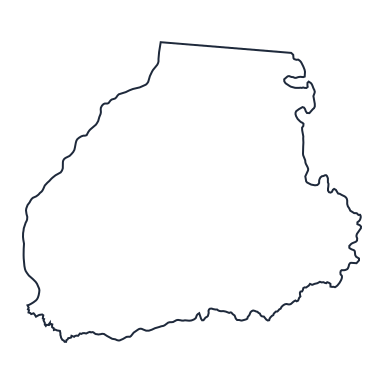 the district of Santa Cruz do Xingu, Mato Grosso, Brazil
{"feature_id": "56859067B46700297890942", "entity_name": "Santa Cruz do Xingu", "entity_type": "district", "adm_level": 2, "iso_a3": "BRA", "parent_name": "Brazil", "parent_adm1": "Mato Grosso", "projection": "natural_earth1", "projection_center": [-52.501, -10.042], "detail": "fine", "context": "isolated", "style": "outline", "palette": "slate", "viewbox_px": 384, "rotation_deg": 0, "n_neighbors": 0, "source": "geoboundaries", "source_scale": "gbopen_adm2", "svg_char_len": 5909}
<svg xmlns="http://www.w3.org/2000/svg" viewBox="0 0 384 384"><path d="M160.7,42.2L159.1,52.1L158.5,58.9L158.5,61.4L158.1,63.0L157.3,64.7L152.9,70.1L151.9,71.9L149.9,76.1L148.2,81.9L147.1,83.5L145.8,84.7L139.7,87.4L132.9,89.0L129.5,90.3L125.8,92.1L118.8,94.3L117.5,95.6L116.2,97.5L114.9,98.6L111.8,99.5L110.6,100.4L108.5,103.1L107.4,103.5L104.9,103.5L103.5,104.1L102.0,105.6L100.9,107.7L100.7,109.4L100.9,112.1L100.6,113.9L99.3,117.1L98.2,121.0L97.0,123.1L95.9,124.7L90.6,129.2L89.5,130.3L88.3,132.0L86.6,135.2L84.8,135.7L83.3,135.7L81.4,136.3L79.1,137.7L77.4,139.1L76.5,140.5L75.9,142.4L74.9,147.6L74.4,149.8L73.2,152.0L71.5,154.0L69.6,155.9L65.4,158.0L64.0,159.2L63.2,160.6L62.9,162.0L62.8,168.2L62.4,169.5L61.9,170.7L60.7,172.4L55.5,175.3L52.6,177.6L51.2,178.9L49.3,181.0L47.4,182.7L44.8,185.5L43.3,188.9L42.4,190.6L41.5,191.7L39.9,193.0L38.8,194.3L37.9,195.1L36.1,196.4L32.9,197.8L31.7,198.9L30.6,200.5L29.6,202.4L27.6,205.0L26.3,208.4L26.0,210.4L26.5,214.0L27.3,216.9L27.1,219.6L26.4,221.4L25.7,222.6L23.8,228.3L23.5,230.8L23.1,233.1L23.0,236.9L23.3,239.7L24.0,243.7L23.7,248.8L23.6,255.1L23.7,258.4L24.4,266.0L25.0,269.1L25.7,271.0L26.9,272.9L28.8,275.5L32.9,279.1L35.6,281.8L37.0,283.8L39.1,288.6L39.4,290.3L39.2,292.3L38.7,295.1L37.9,297.6L37.1,299.1L36.0,300.4L33.5,302.3L31.4,303.6L29.2,304.8L27.5,305.3L28.7,307.8L27.9,309.3L29.0,310.1L28.5,312.5L30.3,313.1L31.2,314.1L33.6,313.3L34.7,314.6L36.0,316.7L37.5,315.8L39.3,314.9L42.2,314.5L43.3,315.3L43.0,316.8L42.8,318.5L44.1,319.1L43.6,320.5L44.8,322.9L44.8,324.6L45.8,325.9L46.5,324.8L48.3,325.0L49.9,322.8L49.9,324.5L50.9,323.9L52.3,324.4L52.0,325.7L52.2,327.3L53.8,328.3L53.9,330.0L55.3,329.6L57.0,330.4L59.9,330.9L60.4,333.2L60.4,335.0L60.8,336.2L61.1,337.7L62.3,339.8L63.8,340.6L64.6,341.8L66.1,341.8L66.4,340.2L67.6,339.4L68.3,338.1L69.6,338.0L71.1,337.5L71.5,335.8L74.1,336.8L75.0,336.0L76.5,335.6L78.1,335.8L80.0,333.5L81.4,333.9L82.7,333.2L84.4,333.1L86.2,333.5L88.4,332.4L89.9,331.9L91.0,332.4L92.4,332.1L93.5,332.4L94.6,333.4L95.9,334.1L97.1,334.2L98.3,334.5L101.0,334.1L102.1,333.8L104.0,334.0L106.9,335.9L112.2,338.8L115.2,339.3L117.2,340.2L118.7,340.5L119.7,340.4L123.1,338.9L126.5,336.9L128.4,336.7L129.9,336.8L131.0,336.0L133.7,332.6L138.2,329.5L139.3,328.9L140.8,328.7L141.8,328.9L143.4,329.6L146.2,330.7L148.8,330.7L151.8,329.7L155.0,328.2L159.2,327.0L161.2,326.3L163.3,325.9L164.6,325.3L168.2,322.6L169.8,322.2L171.4,322.2L173.1,322.0L176.4,320.2L178.0,319.9L180.7,320.3L181.9,320.6L183.4,320.6L185.0,320.3L189.2,320.7L191.1,320.5L192.7,320.0L194.4,319.2L195.8,318.0L196.8,315.3L197.7,314.2L199.2,313.2L201.1,318.8L202.1,320.3L203.5,320.2L205.5,317.6L207.0,316.8L207.9,315.9L208.7,313.0L208.5,310.9L209.0,309.5L210.0,308.7L211.7,308.6L213.2,309.1L215.3,309.5L217.1,309.5L218.0,310.3L219.3,310.9L220.9,311.2L223.4,311.1L225.8,311.6L229.2,312.9L230.4,312.4L231.4,312.6L232.7,314.1L234.6,315.5L235.8,318.6L237.1,320.0L239.2,320.0L241.0,320.5L242.0,320.5L244.3,319.9L246.0,319.4L247.3,318.7L247.7,317.1L249.4,315.0L250.5,312.3L251.6,311.2L253.1,310.5L254.8,310.9L256.4,311.6L257.5,311.8L258.5,312.9L259.8,313.5L260.8,315.5L261.9,316.3L263.9,316.6L266.3,319.6L267.8,320.5L269.2,320.2L269.6,318.6L270.5,317.3L271.9,315.9L273.3,315.1L273.8,313.6L275.8,311.6L277.3,311.5L278.2,310.7L279.2,309.4L280.6,308.7L281.4,307.1L282.5,305.9L283.8,304.9L285.2,304.2L286.7,304.0L288.3,304.4L289.8,304.4L291.0,303.9L293.7,301.5L295.4,300.5L296.7,301.3L298.1,300.6L299.3,297.6L300.4,296.5L300.0,294.7L299.9,292.8L300.5,291.6L302.1,291.4L302.9,289.9L303.3,288.1L304.5,287.4L306.1,287.5L308.8,285.6L310.0,283.9L312.1,284.8L313.1,284.5L314.4,283.9L317.4,283.2L319.9,281.8L321.6,282.4L323.4,282.2L324.9,282.9L326.2,283.2L327.2,282.2L328.9,282.8L330.4,283.8L330.5,286.6L332.1,286.9L333.5,286.8L335.0,287.2L336.0,286.6L337.4,285.5L339.5,282.9L341.0,280.3L341.7,278.6L342.0,277.0L341.8,275.7L340.6,274.4L340.4,272.6L340.7,271.1L341.6,270.2L344.3,270.2L345.6,269.9L347.3,269.1L347.9,268.3L348.6,266.6L349.1,264.5L350.0,263.2L351.0,262.8L356.5,263.2L359.0,260.4L359.0,258.5L356.1,256.7L355.2,255.0L354.8,251.2L353.9,250.2L351.5,249.3L350.1,248.5L349.3,247.8L349.3,245.9L351.1,244.0L352.3,243.2L355.8,241.8L357.0,240.6L357.2,238.4L356.5,236.6L356.5,235.3L357.0,233.8L360.9,228.2L361.0,226.5L359.8,225.2L357.4,224.2L357.4,222.3L359.2,220.9L360.1,219.6L360.7,217.6L360.7,216.1L360.1,214.8L358.4,214.9L356.7,213.2L354.1,213.1L352.6,212.1L350.3,210.7L349.2,208.3L347.9,206.4L347.2,204.0L347.2,200.5L346.8,198.8L346.1,197.6L344.7,196.4L341.8,195.0L339.7,193.8L338.2,193.6L337.5,192.6L335.9,189.9L334.1,188.9L332.9,189.8L331.9,191.9L330.6,192.6L329.0,192.2L328.0,190.6L328.0,188.6L328.3,186.7L328.5,183.9L327.9,182.3L327.9,178.3L327.0,176.1L326.3,175.3L325.2,175.2L323.4,176.0L321.8,176.3L320.4,177.5L319.6,179.1L319.2,180.3L319.1,183.0L318.4,184.1L317.3,185.0L315.0,185.3L311.2,184.6L307.1,182.5L306.2,181.4L305.3,176.4L308.0,170.5L308.2,169.0L307.6,167.2L305.8,163.7L305.4,162.4L305.2,160.3L303.2,155.3L303.0,153.9L303.2,146.4L303.4,142.6L303.2,138.4L303.3,136.4L302.2,130.4L302.1,128.9L302.1,127.6L303.3,126.0L303.5,123.8L302.5,122.8L301.3,122.3L300.0,121.3L297.7,119.0L296.1,116.2L295.5,114.1L295.6,112.5L296.2,111.2L299.0,109.1L302.5,107.1L304.0,107.6L305.0,109.0L305.8,111.3L307.0,113.0L309.4,113.1L312.8,109.2L314.0,108.2L314.8,106.5L314.8,103.9L313.4,96.1L314.5,93.1L314.8,91.8L314.2,89.7L313.6,88.7L312.3,85.3L311.7,84.1L310.9,83.1L308.7,81.6L307.5,82.8L307.4,85.0L307.7,86.9L306.4,88.0L304.7,87.9L303.1,87.5L301.8,87.9L300.2,87.7L299.1,87.9L296.7,87.9L295.0,87.8L290.9,86.7L289.8,86.1L286.0,83.6L285.2,82.8L284.3,81.3L284.2,79.3L287.2,76.7L288.1,76.2L289.1,76.1L291.5,77.0L293.1,77.1L294.6,77.8L295.9,77.9L298.3,77.1L300.2,76.8L303.2,77.1L304.7,76.6L305.0,71.9L304.6,69.8L303.3,66.5L301.8,63.5L301.1,62.2L300.2,61.1L299.2,60.3L298.2,59.6L296.4,59.8L294.2,59.1L293.5,58.2L293.2,54.8L291.2,52.9L160.7,42.2Z" fill="none" stroke="#1e293b" stroke-width="2"/></svg>